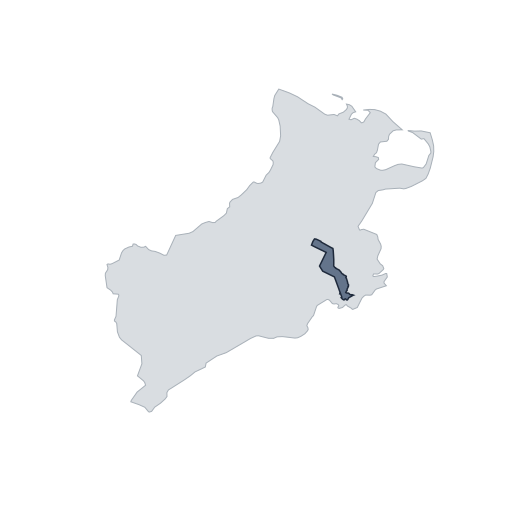 location of Gurbansoltan Eye, Tashauz, Turkmenistan, rotated 116°
{"feature_id": "10190150B88624562206856", "entity_name": "Gurbansoltan Eye", "entity_type": "district", "adm_level": 2, "iso_a3": "TKM", "parent_name": "Turkmenistan", "parent_adm1": "Tashauz", "projection": "albers", "projection_center": [59.229, 41.168], "detail": "fine", "context": "in_parent", "style": "filled", "palette": "slate", "viewbox_px": 512, "rotation_deg": 116, "n_neighbors": 0, "source": "geoboundaries", "source_scale": "gbopen_adm2", "svg_char_len": 5203}
<svg xmlns="http://www.w3.org/2000/svg" viewBox="0 0 512 512"><g transform="rotate(116 256 256)"><path d="M157.7,174.5L178.3,176.3L184.6,177.3L187.2,174.4L187.1,173.7L186.2,173.0L184.7,170.9L183.7,156.9L185.5,154.9L187.6,153.5L190.7,149.2L192.3,147.8L194.6,146.8L202.4,146.6L205.7,145.8L208.6,140.9L209.2,137.9L211.3,135.6L212.5,135.7L217.8,137.8L218.9,138.8L220.6,142.5L222.6,142.3L222.9,141.7L222.7,140.9L221.2,138.6L218.0,134.4L214.8,131.7L214.5,130.8L217.3,128.8L222.8,129.7L224.2,129.1L225.6,125.8L232.9,133.3L234.3,134.0L240.1,135.0L241.1,136.1L243.1,140.4L245.0,141.5L247.5,142.3L257.9,142.4L261.2,145.3L261.7,146.0L261.1,148.0L260.9,151.9L260.1,153.5L260.7,154.2L264.4,155.7L266.6,158.2L266.8,159.3L266.2,160.0L264.5,159.7L263.6,160.8L263.6,162.9L264.9,164.8L265.3,166.5L263.5,170.6L263.5,172.3L264.1,173.3L273.6,179.3L275.2,179.4L284.3,178.2L286.0,178.8L294.1,180.0L296.3,179.8L297.8,177.8L299.2,176.9L300.6,176.9L304.5,178.0L308.6,180.5L311.3,182.8L312.7,185.0L316.8,196.8L319.4,201.6L322.3,204.1L324.5,208.7L326.6,218.8L327.8,220.9L332.4,224.7L355.8,240.3L363.1,247.4L374.1,253.9L378.0,252.9L386.9,260.0L392.4,262.5L399.6,266.6L414.8,276.0L417.9,276.2L421.3,274.4L424.4,275.0L430.1,277.3L436.3,280.8L441.4,281.7L443.0,283.4L443.1,284.3L440.7,289.6L440.9,296.0L441.9,304.6L440.5,304.8L430.4,303.2L420.6,298.6L418.5,300.5L417.5,302.4L415.7,310.0L402.9,311.3L395.7,315.5L390.3,340.1L388.9,343.1L384.9,347.3L377.7,351.6L376.7,353.2L376.5,354.7L375.6,355.2L371.5,355.4L356.0,361.5L352.6,361.7L351.3,362.1L350.7,363.1L352.6,367.8L351.3,369.3L350.4,371.7L349.8,376.0L339.7,382.9L337.5,383.8L333.3,383.3L331.2,384.1L329.0,386.2L328.0,385.6L327.4,383.6L326.2,382.2L319.6,377.2L312.1,378.2L309.3,377.9L307.1,377.0L303.6,374.1L301.4,371.3L299.1,371.7L298.4,370.4L298.2,368.8L298.9,366.8L298.6,363.2L297.2,360.6L295.7,359.5L297.3,355.3L297.2,352.1L296.1,348.7L295.6,343.8L295.7,339.0L294.3,336.7L272.7,337.2L264.9,326.1L261.7,323.4L251.0,318.8L248.1,316.2L245.6,313.4L245.0,309.6L243.8,307.4L242.2,307.0L233.9,302.6L230.5,301.4L226.0,302.5L223.3,301.2L220.2,302.9L218.8,303.0L215.4,301.9L211.3,297.8L207.8,296.1L200.5,293.4L195.3,292.5L190.8,290.9L190.3,290.3L190.3,286.9L189.7,285.5L188.4,283.7L186.7,282.4L178.9,282.3L175.3,281.0L172.5,280.7L166.3,280.7L164.2,281.6L163.1,282.6L162.2,285.9L161.5,286.4L155.5,286.3L142.7,285.0L137.3,286.5L128.7,291.2L123.7,295.2L122.2,297.1L119.0,304.5L117.7,305.5L116.0,306.3L114.4,306.4L106.6,308.9L103.5,309.5L96.0,308.7L94.8,297.4L94.7,288.4L96.3,276.2L96.4,268.3L98.4,256.4L98.1,253.4L94.6,247.9L94.3,244.2L92.0,243.8L88.4,240.5L84.8,239.0L82.9,238.8L81.2,239.6L79.8,241.3L79.1,238.4L79.4,235.5L82.7,229.6L84.5,231.5L86.7,232.4L92.3,232.4L91.9,230.3L89.1,228.0L88.8,225.2L89.1,222.4L90.1,219.7L89.3,218.6L88.0,217.8L85.0,217.7L77.1,216.1L75.9,219.2L77.8,223.6L74.6,218.5L72.4,213.5L71.3,207.7L71.5,201.5L75.2,191.9L78.5,179.9L81.2,185.2L83.3,187.6L88.1,189.4L90.4,189.2L93.0,188.1L95.5,188.7L99.0,194.2L101.8,194.9L107.6,193.3L110.3,193.0L112.6,194.0L115.1,194.2L114.2,191.7L113.9,189.2L115.4,188.1L119.8,189.6L123.4,188.4L124.1,187.8L124.6,185.8L124.3,181.6L123.5,179.8L121.6,177.3L114.0,171.0L111.4,168.5L109.4,165.3L106.5,153.1L104.2,145.3L103.2,144.3L98.7,143.4L89.9,144.7L86.8,144.0L85.3,144.7L81.6,147.7L79.7,150.4L76.9,156.5L78.5,158.7L76.4,169.3L76.9,173.9L76.5,174.2L74.3,168.3L71.2,162.4L68.9,153.5L74.5,148.3L79.2,144.6L84.2,142.0L89.3,140.3L100.6,137.9L106.8,137.2L111.7,137.3L115.5,139.4L125.4,146.9L129.7,151.0L130.9,152.7L132.0,156.5L139.1,169.0L140.8,170.8L143.6,174.8L146.4,176.1L157.7,174.5ZM77.4,257.1L77.1,258.7L76.0,253.7L75.6,248.3L76.7,246.9L77.7,247.1L76.6,248.9L77.4,257.1Z" fill="#d9dde1" stroke="#a8b0b8" stroke-width="1"/><path d="M248.5,151.3L248.6,152.5L248.9,153.2L249.2,153.5L249.2,154.0L249.3,154.2L249.4,154.4L249.4,154.5L249.5,154.7L249.5,154.8L249.3,155.2L249.0,155.8L248.9,156.1L248.9,157.0L249.3,157.6L249.5,158.0L249.5,158.4L249.5,159.3L247.7,159.4L247.1,159.0L246.6,159.2L246.0,159.6L245.6,159.6L244.5,159.6L243.7,159.6L242.9,159.6L242.8,159.9L242.8,160.0L241.8,160.0L241.5,160.0L240.2,161.9L239.6,162.0L239.2,162.4L238.1,163.4L236.3,165.1L236.2,165.3L236.1,165.8L235.7,165.8L234.9,165.8L234.6,166.0L234.5,167.0L234.5,169.3L234.2,169.5L234.2,170.6L233.8,171.8L233.3,172.4L232.5,174.3L232.1,175.3L232.1,179.0L231.9,179.1L231.7,179.2L231.7,180.1L231.7,180.3L230.9,181.8L228.7,182.8L225.0,184.6L220.9,186.9L217.4,188.9L215.5,190.2L215.5,192.3L214.9,203.6L214.4,204.0L214.4,207.4L214.5,209.6L214.7,209.8L214.7,210.0L215.0,210.9L217.7,211.2L218.5,211.2L221.9,210.9L222.0,207.2L222.0,194.5L226.2,194.5L237.2,194.5L240.4,189.4L240.4,186.4L240.4,179.9L240.4,176.4L242.0,174.7L244.2,172.4L249.2,167.2L250.3,166.1L250.8,165.6L251.6,164.7L251.9,164.4L251.9,164.6L252.1,164.5L252.7,164.3L253.2,164.1L253.3,164.1L253.1,163.3L253.3,163.0L254.9,161.3L255.5,160.8L255.9,160.7L256.1,160.9L256.2,161.0L256.3,160.6L256.6,160.0L256.8,159.6L256.9,159.2L256.9,158.8L257.0,158.2L256.9,157.6L256.4,157.5L255.7,157.2L255.4,157.0L255.3,156.6L255.5,156.0L255.8,155.5L255.7,155.3L255.4,154.6L254.9,154.5L254.0,154.4L253.0,154.4L252.1,153.8L250.8,152.9L249.6,152.1L248.6,151.4L248.5,151.3Z" fill="#64748b" stroke="#1e293b" stroke-width="1.5"/></g></svg>